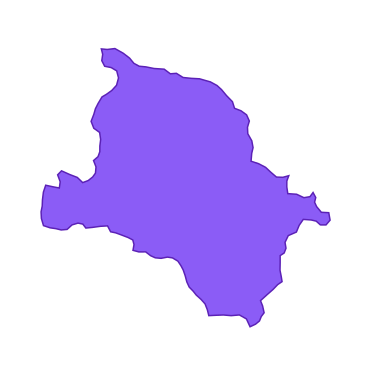 Reduto, Minas Gerais, Brazil (Albers equal-area conic projection), rotated 111°
{"feature_id": "56859067B4238114789990", "entity_name": "Reduto", "entity_type": "district", "adm_level": 2, "iso_a3": "BRA", "parent_name": "Brazil", "parent_adm1": "Minas Gerais", "projection": "albers", "projection_center": [-41.937, -20.233], "detail": "fine", "context": "isolated", "style": "filled", "palette": "violet", "viewbox_px": 384, "rotation_deg": 111, "n_neighbors": 0, "source": "geoboundaries", "source_scale": "gbopen_adm2", "svg_char_len": 2017}
<svg xmlns="http://www.w3.org/2000/svg" viewBox="0 0 384 384"><g transform="rotate(111 192 192)"><path d="M278.9,81.4L273.0,85.3L268.9,89.1L261.7,85.5L253.9,81.4L247.7,78.8L243.4,75.8L239.1,78.3L233.5,81.8L226.3,84.4L219.8,86.9L215.9,84.1L210.8,84.1L205.7,87.1L198.2,86.5L192.0,80.2L184.7,80.0L177.7,78.3L175.4,70.7L174.7,65.6L176.7,60.4L174.7,55.1L168.8,53.0L162.3,56.9L164.6,64.0L161.0,70.4L157.6,73.9L152.8,74.5L149.1,78.8L154.1,80.2L157.2,85.5L156.6,93.5L159.2,102.0L153.3,105.3L147.8,107.4L142.1,107.5L145.7,112.4L147.8,118.5L145.3,125.5L142.6,132.2L141.7,139.9L142.1,147.9L134.5,150.1L128.7,150.9L122.8,154.5L117.6,160.8L111.7,163.4L105.2,163.9L100.4,168.7L98.6,175.4L98.6,182.3L93.2,186.6L89.6,194.4L85.9,201.0L83.6,206.8L82.6,214.4L83.1,219.6L83.6,225.5L86.2,233.6L88.3,241.4L86.8,249.1L89.4,254.6L87.3,262.0L90.3,271.7L91.7,279.9L93.5,286.4L92.7,292.4L89.4,298.2L87.1,305.9L85.7,315.4L89.3,322.2L90.9,327.9L95.5,324.7L101.7,323.3L105.9,318.6L104.8,312.0L105.9,305.7L111.8,301.5L119.4,300.7L126.0,303.3L131.6,307.0L135.5,310.1L143.0,311.4L148.9,312.0L154.5,311.5L162.2,311.5L167.7,306.5L169.5,299.6L175.7,296.1L182.1,294.5L187.4,292.5L192.7,292.4L197.9,295.2L203.0,290.6L209.0,288.9L213.6,290.1L218.5,293.0L222.4,297.4L219.5,304.3L219.5,312.4L219.0,321.4L224.1,323.6L229.7,318.7L235.8,317.3L236.9,323.3L238.1,331.0L245.3,330.7L252.9,328.8L258.8,326.8L264.6,325.8L270.7,323.1L276.6,318.6L276.3,311.7L275.0,305.9L274.3,300.5L271.7,295.2L265.7,292.2L261.9,287.3L261.1,282.4L263.7,278.2L260.8,272.4L256.9,265.3L253.9,258.7L258.3,253.7L257.5,248.7L257.4,243.3L257.4,235.3L258.0,230.1L261.9,227.3L267.6,226.2L267.0,220.2L264.5,213.8L266.3,207.8L266.6,202.7L265.0,197.1L261.6,191.6L260.5,186.6L261.6,180.4L264.7,176.0L267.9,172.3L272.7,168.3L277.8,164.6L281.8,160.5L284.1,155.5L286.7,151.1L289.0,145.1L291.8,139.7L296.4,135.5L301.4,132.0L298.3,125.0L295.6,118.7L293.4,111.1L289.8,103.7L291.0,95.7L297.0,89.5L292.6,85.3L288.2,82.8L283.4,82.7L278.9,81.4Z" fill="#8b5cf6" stroke="#5b21b6" stroke-width="1.5"/></g></svg>